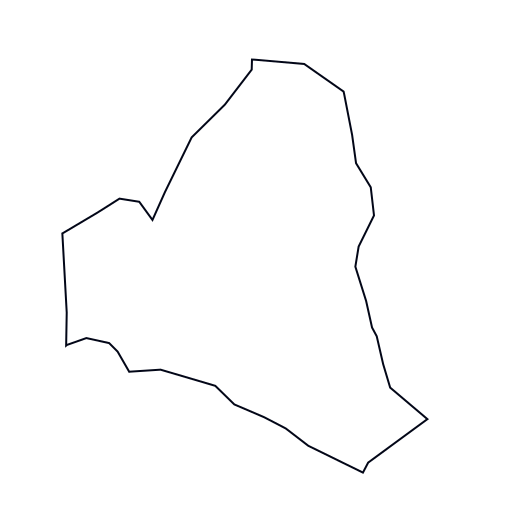 an SVG outline of Berane, rotated 99°
{"feature_id": "MNE-1509", "entity_name": "Berane", "entity_type": "Municipality", "adm_level": 1, "iso_a3": "MNE", "parent_name": "Montenegro", "parent_adm1": "", "projection": "albers", "projection_center": [19.918, 42.855], "detail": "fine", "context": "isolated", "style": "outline", "palette": "ink", "viewbox_px": 512, "rotation_deg": 99, "n_neighbors": 0, "source": "natural_earth", "source_scale": "10m", "svg_char_len": 697}
<svg xmlns="http://www.w3.org/2000/svg" viewBox="0 0 512 512"><g transform="rotate(99 256 256)"><path d="M390.2,363.1L372.1,377.7L365.0,387.4L363.6,410.7L373.4,428.8L374.2,429.5L341.5,434.1L264.0,450.8L263.7,450.4L238.3,419.8L220.7,399.8L220.7,379.8L236.6,363.9L207.0,355.9L148.9,338.1L111.3,310.4L72.6,289.4L62.6,290.7L62.3,288.0L58.8,238.4L65.6,224.5L79.9,195.2L82.7,194.1L121.4,180.0L148.7,171.7L170.2,153.4L197.5,145.8L230.6,156.1L251.0,156.2L283.2,140.2L308.5,130.2L316.4,124.2L342.9,113.5L365.0,102.9L390.3,61.2L442.5,112.9L453.2,116.5L435.3,174.6L421.7,199.6L414.0,222.6L406.0,254.2L390.6,275.9L383.2,332.5L390.0,362.6L390.2,363.1Z" fill="none" stroke="#020617" stroke-width="2"/></g></svg>